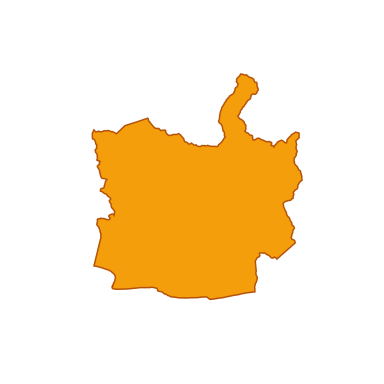 outline of Ascope, La Libertad, Peru, rotated 313°
{"feature_id": "86281439B48399127015258", "entity_name": "Ascope", "entity_type": "district", "adm_level": 2, "iso_a3": "PER", "parent_name": "Peru", "parent_adm1": "La Libertad", "projection": "albers", "projection_center": [-79.075, -7.694], "detail": "fine", "context": "isolated", "style": "filled", "palette": "amber", "viewbox_px": 384, "rotation_deg": 313, "n_neighbors": 0, "source": "geoboundaries", "source_scale": "gbopen_adm2", "svg_char_len": 6090}
<svg xmlns="http://www.w3.org/2000/svg" viewBox="0 0 384 384"><g transform="rotate(313 192 192)"><path d="M261.2,164.8L261.5,167.1L260.5,169.4L260.0,170.3L258.1,172.6L257.8,173.5L257.9,174.5L257.5,174.9L257.0,175.9L255.5,177.0L255.1,177.7L255.2,178.4L254.9,178.9L253.1,178.8L250.2,179.5L247.4,179.6L244.8,179.2L243.0,179.7L241.8,178.9L240.4,176.8L239.1,175.7L238.4,174.5L237.6,173.8L236.9,171.7L236.3,171.5L234.9,170.4L234.5,169.4L233.7,168.9L233.0,167.7L231.8,167.5L230.3,166.4L229.1,164.4L229.3,162.9L228.1,162.0L227.7,161.3L227.3,158.2L225.9,157.9L224.8,156.9L224.9,155.3L224.7,153.9L223.8,152.4L224.2,151.3L225.1,150.0L225.4,149.1L225.8,145.0L225.7,142.7L225.6,142.4L223.3,141.4L222.0,139.7L217.9,137.0L217.4,135.6L217.3,134.0L218.0,131.7L218.9,130.9L218.9,129.9L217.9,129.4L217.2,128.3L215.6,127.4L215.8,124.4L214.6,123.1L213.5,121.5L213.6,118.1L214.1,114.6L214.5,113.0L214.4,111.9L215.8,109.7L215.8,109.3L205.0,103.5L196.1,98.4L194.5,97.7L184.1,97.1L182.8,96.7L182.7,95.1L182.2,93.9L182.1,92.9L181.1,91.9L180.0,89.0L178.8,87.8L177.6,87.1L177.0,85.9L175.4,85.5L173.9,84.3L173.4,83.9L172.7,82.0L171.3,81.5L170.4,80.9L170.3,79.5L170.6,77.9L170.3,77.9L166.8,79.2L163.2,82.7L163.1,83.0L163.6,84.3L163.7,85.1L162.8,87.3L161.5,88.9L161.5,90.4L160.5,90.9L158.7,92.6L157.4,92.4L156.5,92.6L156.2,93.5L155.4,94.2L155.0,96.3L154.7,97.2L153.1,98.6L152.4,99.8L150.6,100.5L150.4,100.8L151.0,102.3L151.7,103.1L151.4,104.0L150.6,104.0L149.1,105.5L147.5,105.0L146.3,105.2L145.9,105.6L145.0,109.1L142.3,112.9L140.7,115.7L140.7,117.1L142.2,119.0L142.8,120.3L143.0,121.3L141.4,121.4L140.3,121.7L137.8,123.3L136.8,123.5L135.8,124.4L135.0,124.7L134.2,124.4L133.4,123.7L132.0,123.2L131.4,123.4L130.2,124.4L130.3,124.9L130.8,125.4L131.0,126.1L131.1,129.1L132.0,130.3L132.1,131.0L131.7,132.0L131.6,132.7L131.9,136.5L131.5,137.3L130.8,137.5L129.3,137.4L128.7,138.1L128.5,139.2L128.1,139.9L127.9,141.3L126.4,142.7L126.0,143.5L125.7,144.6L125.4,147.7L124.9,148.8L121.8,150.9L122.0,150.0L121.8,148.9L121.5,148.6L119.0,147.4L118.0,147.4L117.4,147.8L117.3,148.1L117.3,149.0L116.8,150.3L115.4,150.3L113.6,148.5L113.2,147.0L112.8,146.5L112.6,145.7L112.2,145.2L111.5,144.9L110.7,143.1L110.3,142.9L109.5,142.9L108.7,141.9L107.8,141.5L107.1,141.6L106.2,142.8L103.5,144.3L102.8,145.9L102.8,147.9L101.9,149.1L101.3,150.7L100.0,152.2L99.4,153.8L98.4,154.4L97.1,156.1L71.1,170.7L73.5,174.6L75.4,178.4L78.1,184.5L78.7,186.8L78.8,190.9L78.7,191.9L78.3,192.4L77.8,193.7L77.3,194.2L74.5,196.1L72.9,196.6L72.3,196.5L71.8,197.2L70.9,197.3L70.4,197.6L69.9,197.4L69.5,197.7L69.2,198.2L69.0,197.9L68.4,198.0L68.1,198.6L67.4,198.9L67.4,200.4L69.2,202.9L76.5,210.4L87.9,220.4L88.9,221.7L93.6,226.6L94.6,227.2L95.6,228.5L97.5,231.7L97.3,233.1L96.5,234.2L96.5,235.0L98.6,238.4L98.6,241.3L99.7,243.0L99.7,244.7L100.5,246.2L100.8,247.5L101.2,248.4L103.8,251.7L105.0,253.7L107.8,257.0L109.1,258.2L109.3,258.8L110.9,260.2L111.9,261.5L113.4,262.7L118.2,267.8L122.4,271.3L124.8,273.8L125.4,274.9L125.6,277.9L126.0,278.7L130.6,282.5L133.6,284.7L134.8,285.9L145.0,293.1L148.9,296.2L150.4,297.0L155.6,300.8L161.9,306.1L162.6,305.2L163.4,304.7L165.6,302.3L168.4,300.8L169.7,300.5L171.5,299.7L172.9,298.9L173.5,298.3L173.9,298.2L175.5,294.7L177.0,293.4L177.9,293.0L184.5,285.5L186.6,284.9L188.4,284.5L190.3,285.1L190.8,285.4L191.4,285.2L191.8,285.0L193.0,283.2L193.4,283.0L194.6,283.9L195.6,285.6L196.9,286.5L197.4,289.9L198.1,291.2L197.9,294.6L198.4,295.7L199.2,296.5L200.7,296.7L201.1,298.5L200.8,299.8L225.2,302.2L226.6,300.0L225.6,297.1L226.4,295.5L228.2,294.7L229.2,293.9L230.5,293.6L232.4,292.2L235.5,291.5L236.3,289.6L236.3,289.1L236.1,288.5L236.3,287.3L237.5,286.0L238.4,282.5L239.2,281.5L239.5,280.8L239.5,278.9L240.0,276.5L240.9,275.7L241.5,274.6L242.6,271.5L243.0,270.9L243.4,269.5L245.6,266.7L246.9,266.3L248.4,266.6L251.7,268.5L252.9,269.6L253.7,269.8L254.6,269.6L255.7,270.1L256.6,270.2L257.3,269.1L258.8,268.6L260.0,267.8L260.5,266.5L260.8,266.2L262.1,266.3L264.1,266.1L265.7,266.7L266.3,266.7L267.2,266.4L269.1,264.8L270.4,264.6L272.2,264.0L273.0,264.0L273.6,264.3L274.4,264.1L275.7,264.5L277.0,262.7L278.6,261.5L278.9,260.4L279.7,259.6L280.4,258.0L281.0,257.5L281.4,256.9L281.0,255.4L281.1,254.6L282.2,252.0L282.6,247.9L283.1,247.0L284.0,246.4L284.2,245.5L286.5,243.7L287.3,243.8L289.4,243.3L290.8,242.7L291.4,241.8L292.7,241.6L293.5,241.2L294.0,240.2L294.1,239.5L294.8,238.5L296.6,236.8L297.9,236.4L300.0,233.3L300.3,233.1L304.9,233.3L306.2,231.8L307.9,230.5L308.0,229.9L307.9,229.4L306.3,226.9L303.2,226.2L302.0,225.7L299.8,225.9L297.6,225.7L294.8,226.0L293.3,227.2L292.3,227.6L291.9,227.3L291.4,225.7L291.5,224.0L291.1,222.4L290.8,222.1L288.4,221.0L286.7,220.5L284.6,220.8L282.8,220.7L280.8,221.2L281.0,219.5L280.6,218.7L280.0,218.3L281.3,217.3L282.1,217.0L282.5,216.4L281.8,215.0L281.6,213.9L279.7,212.7L278.1,207.9L277.5,207.0L277.3,205.0L276.8,204.1L275.9,203.2L275.0,203.0L274.4,203.0L274.2,202.8L272.1,201.8L271.8,201.5L271.8,201.0L272.9,199.4L273.6,198.8L274.3,197.8L274.2,197.0L273.1,195.3L273.3,192.8L272.6,191.3L272.6,189.0L273.8,188.9L274.9,188.4L275.9,187.3L277.3,186.2L277.4,185.6L277.8,184.9L278.0,183.4L278.7,182.5L278.9,180.9L278.7,179.5L278.9,178.7L278.3,177.9L278.1,176.9L278.7,173.8L281.1,173.6L281.5,173.3L283.1,173.0L284.4,172.1L285.5,171.9L286.4,172.0L288.3,171.3L289.9,171.7L291.4,171.2L293.6,171.1L294.2,170.6L295.4,170.7L297.0,170.4L298.8,171.0L300.2,171.0L303.1,169.3L304.9,169.5L305.7,170.1L306.3,171.4L306.8,171.7L308.1,171.8L308.7,171.8L309.9,171.1L311.5,170.9L312.5,170.2L313.7,167.4L314.6,166.7L316.3,164.6L315.4,163.7L315.2,162.8L316.6,160.2L316.2,157.8L314.9,155.3L314.9,152.2L314.6,151.7L313.4,150.8L312.9,149.2L312.5,148.6L312.1,148.5L311.7,147.3L311.4,147.0L309.6,147.7L308.5,147.5L305.2,147.6L304.6,147.9L304.0,148.7L302.9,149.2L302.5,151.6L301.9,152.3L299.6,153.2L297.9,152.8L297.0,153.0L295.0,154.4L294.1,154.4L292.5,155.1L290.8,155.0L290.2,154.6L287.5,154.0L286.8,154.3L282.6,154.3L281.8,154.9L279.2,155.0L278.2,155.5L274.3,156.2L272.6,157.0L271.8,157.6L271.0,157.7L270.4,157.9L265.8,160.8L264.3,162.1L261.8,163.3L261.2,164.8Z" fill="#f59e0b" stroke="#b45309" stroke-width="1.5"/></g></svg>